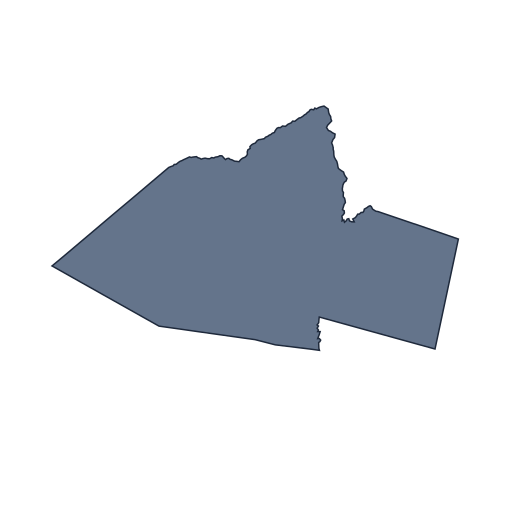 outline of Redenção do Gurguéia, Piauí, Brazil, rotated 167°
{"feature_id": "56859067B8713189832655", "entity_name": "Redenção do Gurguéia", "entity_type": "district", "adm_level": 2, "iso_a3": "BRA", "parent_name": "Brazil", "parent_adm1": "Piauí", "projection": "orthographic", "projection_center": [-44.528, -9.518], "detail": "fine", "context": "isolated", "style": "filled", "palette": "slate", "viewbox_px": 512, "rotation_deg": 167, "n_neighbors": 0, "source": "geoboundaries", "source_scale": "gbopen_adm2", "svg_char_len": 2603}
<svg xmlns="http://www.w3.org/2000/svg" viewBox="0 0 512 512"><g transform="rotate(167 256 256)"><path d="M55.0,227.0L93.5,251.1L95.1,252.0L127.2,271.9L129.2,272.7L131.9,275.5L132.5,278.2L133.5,279.3L135.3,279.0L136.9,278.2L139.9,277.3L140.8,275.5L142.1,274.4L143.8,274.8L145.9,273.6L147.5,273.9L148.6,272.7L149.7,271.7L151.0,270.9L153.4,270.3L152.6,267.2L154.9,267.7L157.0,269.1L157.2,271.5L158.8,271.5L160.2,270.0L162.2,269.0L162.3,271.4L164.2,270.9L163.4,272.9L163.4,275.5L161.4,276.8L160.2,278.0L159.9,280.2L161.3,281.7L159.7,284.4L158.4,286.6L156.9,287.9L156.7,290.0L156.7,292.3L157.6,294.1L157.3,295.7L156.5,298.2L157.1,299.9L156.7,302.3L156.0,303.9L155.4,305.5L154.4,306.9L153.3,308.1L151.4,308.8L149.9,311.1L151.0,313.5L151.6,315.5L151.8,318.1L153.7,320.0L156.0,322.7L156.1,324.7L155.9,327.2L156.0,330.1L156.8,332.2L157.5,334.8L157.4,337.0L156.7,340.8L156.8,342.6L156.4,344.2L156.5,347.1L156.9,349.2L156.0,350.4L154.8,352.2L152.8,353.7L151.5,357.0L153.9,359.0L155.4,360.8L157.2,362.0L158.4,365.3L156.8,367.3L153.3,369.6L151.9,370.6L152.2,372.6L151.9,375.2L152.6,377.1L152.9,379.0L152.8,381.1L152.6,383.0L153.9,384.4L156.0,386.8L158.9,386.8L161.2,386.6L164.0,385.8L165.4,386.9L166.9,385.5L169.2,386.5L170.7,386.1L171.9,384.8L173.6,384.3L175.3,383.1L177.1,382.6L178.7,381.7L181.4,380.7L182.9,380.8L185.0,379.9L187.9,378.5L189.9,379.2L191.9,377.8L195.2,377.2L198.1,375.7L200.9,376.7L203.4,375.6L205.3,376.1L206.9,375.7L209.1,373.8L210.3,372.2L212.4,372.0L214.3,371.0L215.9,370.8L217.6,370.0L220.0,369.6L221.5,368.5L224.9,368.5L227.2,368.7L228.9,368.1L231.3,366.2L233.6,365.9L235.1,365.4L237.3,364.0L237.5,362.1L240.0,361.3L241.1,359.5L241.5,357.0L242.9,355.6L244.6,354.7L247.2,354.3L249.3,353.3L251.3,351.7L253.6,352.6L255.5,353.2L257.9,355.2L259.5,356.0L260.5,357.3L262.3,357.5L264.0,356.8L265.0,358.3L265.9,360.0L266.7,361.3L268.7,361.8L270.7,361.3L273.5,361.5L275.0,361.0L277.0,361.9L279.3,361.2L281.2,361.7L283.6,362.8L285.9,362.9L287.6,362.7L288.7,363.8L290.6,364.9L291.6,366.2L293.5,366.4L295.3,366.6L297.0,366.6L298.5,367.5L302.5,366.6L305.1,366.1L306.8,365.6L308.5,365.4L310.4,364.7L313.1,363.3L315.1,363.6L316.5,362.5L318.7,362.3L321.1,361.9L364.8,339.4L381.9,330.7L444.1,298.7L457.0,292.2L432.8,270.1L413.4,252.4L366.3,209.5L344.4,201.1L328.9,195.1L275.7,174.7L257.2,165.1L223.0,152.7L215.4,149.8L215.5,151.8L214.8,155.5L214.4,157.6L213.0,158.2L211.9,159.5L212.9,161.4L214.5,161.6L212.3,164.8L210.5,167.9L212.9,168.5L211.8,169.8L212.7,171.9L210.9,173.7L212.0,175.1L209.9,176.9L208.8,180.4L208.1,182.3L102.5,125.1L55.0,227.0Z" fill="#64748b" stroke="#1e293b" stroke-width="1.5"/></g></svg>